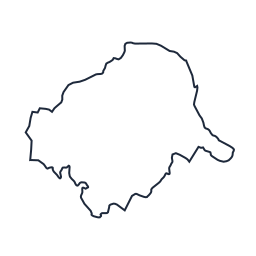 SVG path tracing the border of Bratislavský, rotated 82°
{"feature_id": "SVK-1051", "entity_name": "Bratislavský", "entity_type": "Region", "adm_level": 1, "iso_a3": "SVK", "parent_name": "Slovakia", "parent_adm1": "", "projection": "natural_earth1", "projection_center": [17.27, 48.331], "detail": "fine", "context": "isolated", "style": "outline", "palette": "slate", "viewbox_px": 256, "rotation_deg": 82, "n_neighbors": 0, "source": "natural_earth", "source_scale": "10m", "svg_char_len": 3328}
<svg xmlns="http://www.w3.org/2000/svg" viewBox="0 0 256 256"><g transform="rotate(82 128 128)"><path d="M118.1,229.9L112.3,225.5L104.4,223.0L98.7,220.4L100.1,215.3L97.1,213.2L96.2,212.6L97.6,206.8L98.8,203.6L101.4,201.0L98.2,198.1L97.0,196.3L93.3,190.5L90.7,189.1L86.8,188.6L83.4,186.8L77.2,181.0L75.5,176.1L75.4,169.4L74.3,163.7L70.5,152.4L70.4,150.9L70.7,147.4L70.5,146.0L69.6,144.9L68.0,144.5L65.3,142.4L63.1,141.5L61.2,140.5L60.4,138.6L60.1,137.2L59.3,135.4L58.5,133.8L57.8,133.2L56.8,132.5L57.2,130.9L58.2,129.1L58.7,127.7L57.6,125.3L55.1,122.9L52.5,121.1L51.1,120.4L46.2,119.9L44.3,118.9L43.5,117.0L43.7,113.6L44.1,112.2L44.7,111.3L45.4,109.3L47.6,92.6L48.6,88.1L51.1,83.9L57.5,76.1L58.8,71.9L60.7,68.9L64.7,66.2L68.8,62.6L69.3,61.0L70.1,60.9L85.0,57.0L96.1,56.6L96.8,56.4L97.0,55.9L96.7,55.2L96.0,53.7L97.5,53.6L100.7,54.4L111.5,58.7L113.9,59.4L115.3,59.1L125.5,55.4L128.8,53.6L133.2,52.6L136.3,52.4L138.2,52.0L139.2,51.1L140.2,49.1L141.2,48.1L142.2,47.5L144.5,46.7L146.4,45.6L146.9,45.2L147.3,44.6L147.8,43.3L148.2,42.7L148.8,42.0L149.9,41.1L151.4,40.2L151.9,40.0L152.4,39.9L152.8,39.8L153.0,39.5L153.3,39.1L160.2,29.6L162.3,27.2L163.9,26.1L165.1,26.4L165.8,26.8L166.3,27.2L166.8,27.6L169.3,28.2L170.2,28.6L171.1,29.2L172.1,30.2L173.0,31.4L174.0,32.8L174.6,35.1L174.7,38.0L173.3,41.6L172.0,43.7L167.6,48.7L166.8,49.4L166.1,49.7L165.3,49.7L164.5,49.7L163.6,49.8L163.2,50.3L161.4,54.2L161.0,54.8L160.5,55.2L157.7,56.4L157.8,58.4L156.5,60.8L169.9,72.0L167.6,73.3L166.6,74.2L165.4,75.6L161.7,80.5L159.6,84.1L160.4,87.6L163.6,88.7L166.9,88.6L167.5,88.7L168.0,88.9L168.5,89.3L169.2,90.0L171.0,91.1L172.4,92.3L173.1,92.7L174.1,92.9L178.5,93.0L179.3,93.4L179.4,94.1L178.8,95.3L178.3,95.9L178.2,96.5L178.7,97.2L181.0,98.8L181.8,99.6L183.5,101.9L185.4,103.5L186.5,105.0L190.6,112.0L191.6,113.1L192.4,113.6L193.8,113.7L194.8,114.1L195.6,114.7L196.9,116.1L197.7,117.1L198.4,118.2L199.0,118.8L199.0,120.1L198.4,121.8L196.3,125.9L194.5,128.6L194.3,129.3L194.3,130.0L195.8,133.5L209.1,142.7L202.3,149.6L201.2,151.5L200.9,153.0L201.4,155.9L201.9,156.9L202.5,157.4L203.6,157.6L208.7,159.6L209.3,160.7L209.2,162.1L208.7,165.5L209.3,166.7L209.8,167.2L210.9,166.9L211.3,166.9L211.6,167.1L212.1,167.9L212.5,168.3L212.5,169.3L212.1,170.7L210.6,174.2L209.7,175.5L208.8,176.2L207.5,175.8L204.8,176.5L197.0,181.7L190.5,184.2L189.3,184.2L188.2,183.8L186.3,182.6L185.2,182.1L181.9,181.8L181.2,181.6L180.9,181.3L180.8,180.8L181.1,180.1L182.2,178.4L181.8,177.3L181.5,176.8L181.4,176.3L181.2,175.8L180.7,175.7L180.0,175.9L178.4,176.8L177.5,177.1L176.6,177.6L176.0,178.4L175.3,181.5L175.4,182.4L175.6,183.0L175.9,183.5L177.2,184.7L177.6,185.3L178.0,185.8L178.0,186.2L177.7,186.8L177.0,187.4L175.5,188.0L174.6,188.2L173.5,188.6L172.5,189.3L170.6,190.8L168.2,192.2L167.2,192.4L164.4,192.5L158.7,191.3L157.8,191.3L157.3,191.6L157.1,192.0L158.5,194.0L158.6,194.7L158.5,195.5L158.2,196.8L158.2,197.6L158.2,198.2L158.5,198.5L160.5,199.8L161.8,201.0L162.4,201.3L162.9,201.4L166.8,201.1L167.2,201.2L167.7,201.4L168.0,201.6L168.4,202.2L168.3,202.6L167.2,203.5L164.5,204.9L160.8,207.6L159.1,208.2L157.9,208.3L157.2,208.0L156.7,208.2L156.3,208.8L156.3,210.6L156.5,211.9L157.0,213.2L156.7,213.9L156.0,214.5L153.4,215.8L152.0,216.6L147.5,221.3L146.1,229.2L146.1,229.3L135.9,226.9L127.1,225.2L118.1,229.9Z" fill="none" stroke="#1e293b" stroke-width="2"/></g></svg>